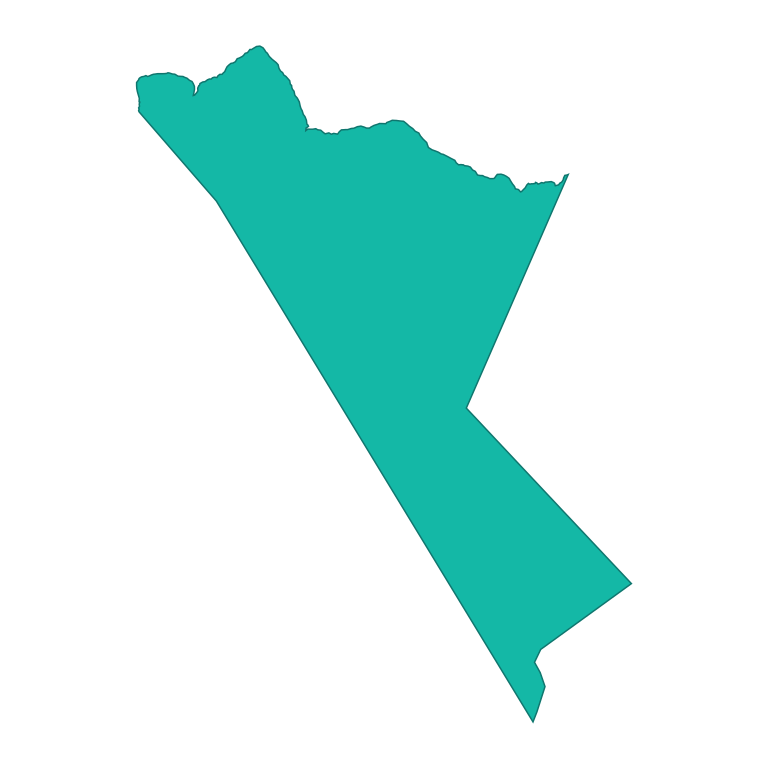 Urdmau, Ngardmau, Palau (Robinson projection)
{"feature_id": "81905179B21109401244182", "entity_name": "Urdmau", "entity_type": "district", "adm_level": 2, "iso_a3": "PLW", "parent_name": "Palau", "parent_adm1": "Ngardmau", "projection": "robinson", "projection_center": [134.588, 7.601], "detail": "fine", "context": "isolated", "style": "filled", "palette": "teal", "viewbox_px": 768, "rotation_deg": 0, "n_neighbors": 0, "source": "geoboundaries", "source_scale": "gbopen_adm2", "svg_char_len": 3031}
<svg xmlns="http://www.w3.org/2000/svg" viewBox="0 0 768 768"><path d="M568.2,174.5L567.0,175.0L564.8,175.4L563.6,177.9L563.1,180.0L561.7,182.1L559.8,183.2L558.7,184.8L557.4,185.2L555.3,185.7L554.6,183.4L553.9,182.7L551.3,181.6L547.6,182.0L545.2,182.1L543.9,183.0L541.4,182.6L539.6,183.6L538.0,184.1L537.8,183.8L536.7,182.8L535.5,182.4L535.2,183.4L533.0,183.8L531.3,183.8L529.8,184.2L528.4,183.4L526.8,185.0L525.3,187.7L523.1,189.9L521.6,191.5L520.5,191.9L518.9,190.0L518.3,189.5L515.3,188.8L514.7,186.8L513.7,185.4L512.6,184.1L510.9,181.4L509.1,178.3L506.5,176.4L503.8,175.0L501.1,174.2L497.3,174.4L495.9,176.1L494.4,178.3L493.0,178.6L489.7,178.6L487.5,177.5L484.5,176.7L482.7,175.6L479.9,175.5L477.5,175.0L475.3,171.4L472.5,169.9L470.4,167.1L467.9,166.1L464.5,165.7L463.5,164.9L460.9,164.6L458.6,164.8L456.3,162.9L454.8,160.3L451.0,158.4L447.3,156.4L443.1,154.3L441.3,154.0L439.7,153.0L438.4,152.2L435.4,151.0L432.0,149.8L428.4,147.5L427.4,144.7L426.7,142.6L423.0,139.0L420.4,135.9L418.8,133.0L415.3,131.3L412.8,128.6L409.3,126.2L406.5,123.6L403.6,121.3L400.3,121.0L396.4,120.5L392.2,120.3L389.8,121.4L386.8,122.5L385.8,123.7L383.1,123.6L379.6,123.5L377.5,124.3L374.0,125.4L370.8,127.1L369.5,128.1L366.6,128.1L364.2,127.1L360.9,126.1L357.3,126.7L354.0,128.2L351.1,128.5L349.3,129.1L347.6,129.6L345.8,129.6L341.4,129.9L339.4,131.6L337.6,134.1L333.7,133.4L331.3,134.2L328.9,132.9L325.1,133.8L323.0,132.2L320.7,130.2L317.7,129.8L315.8,128.7L312.8,129.2L310.5,129.2L307.8,129.1L305.8,130.6L306.1,128.0L307.2,127.3L308.5,126.3L307.8,124.9L306.9,124.1L306.4,120.2L305.0,116.7L303.3,114.4L302.2,110.8L300.9,108.4L300.1,105.7L299.3,101.9L297.3,98.1L294.9,95.4L294.0,91.2L292.4,89.2L291.8,87.4L291.6,85.5L290.3,84.1L289.7,80.7L285.9,76.4L283.8,75.0L282.6,72.6L280.6,71.1L279.0,68.4L278.1,64.7L276.2,62.6L272.1,59.3L269.2,56.4L267.3,53.2L265.7,51.8L264.6,49.9L263.0,47.8L259.9,46.1L256.5,46.5L254.7,47.6L253.3,48.4L251.7,49.5L249.9,49.5L248.1,51.9L247.4,52.7L245.2,53.3L243.6,55.3L242.4,56.4L239.3,58.0L237.2,58.7L235.4,61.7L233.1,63.0L230.9,63.4L229.1,64.8L227.1,66.7L226.0,68.8L224.7,71.7L223.2,73.0L222.1,74.3L219.7,74.4L217.8,76.0L217.0,77.5L214.3,77.2L212.4,77.8L211.3,79.0L209.2,79.0L208.5,79.5L207.6,79.7L205.1,81.6L202.7,82.0L200.0,83.5L199.4,85.5L198.8,85.7L197.7,88.2L197.9,90.9L196.7,92.7L194.6,95.1L193.3,95.5L193.8,93.1L194.5,89.4L194.4,86.3L193.2,83.5L192.0,81.5L189.6,80.4L187.0,78.2L184.8,77.4L183.0,76.5L179.9,76.3L177.9,76.1L176.2,75.0L174.8,74.2L172.4,74.0L171.2,73.6L169.3,73.0L167.9,72.8L166.7,73.4L164.8,73.6L162.4,73.7L159.7,73.7L157.6,73.7L154.9,74.1L153.3,74.3L151.3,75.0L149.2,76.0L147.6,76.5L145.9,75.6L144.0,76.4L141.8,76.8L140.3,77.5L139.1,78.5L138.5,80.0L136.6,82.5L136.6,85.7L136.8,88.6L137.4,91.7L138.3,94.9L139.3,98.3L139.1,101.8L139.8,102.1L139.2,104.1L139.5,106.3L138.6,107.9L139.1,109.1L138.6,110.6L139.1,111.9L216.4,201.1L533.0,721.9L536.9,711.9L545.0,686.6L540.2,672.6L534.5,662.3L540.7,649.4L631.4,583.6L560.0,507.8L466.3,408.1L568.2,174.5Z" fill="#14b8a6" stroke="#0f766e" stroke-width="1.5"/></svg>